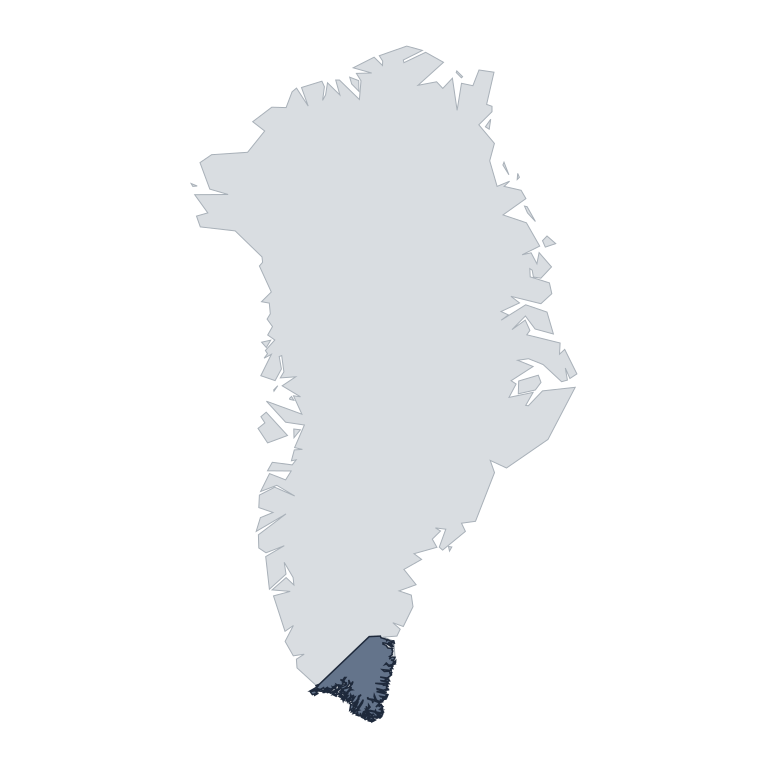 Kommune Kujalleq highlighted on a map of Greenland
{"feature_id": "GRL-2740", "entity_name": "Kommune Kujalleq", "entity_type": "state/province", "adm_level": 1, "iso_a3": "GRL", "parent_name": "Greenland", "parent_adm1": "", "projection": "orthographic", "projection_center": [-44.745, 61.276], "detail": "fine", "context": "in_parent", "style": "filled", "palette": "slate", "viewbox_px": 768, "rotation_deg": 0, "n_neighbors": 0, "source": "natural_earth", "source_scale": "10m", "svg_char_len": 9798}
<svg xmlns="http://www.w3.org/2000/svg" viewBox="0 0 768 768"><path d="M406.7,46.1L422.4,50.4L403.3,60.0L403.9,62.7L425.6,52.3L443.5,62.3L418.0,85.3L436.6,81.8L442.8,88.4L452.4,78.2L457.1,110.3L461.5,83.3L472.9,85.7L479.0,70.0L494.0,72.2L486.6,104.4L492.0,106.3L492.0,111.7L478.8,124.8L494.4,143.4L489.7,160.8L497.1,186.4L509.6,181.2L504.1,186.4L521.1,190.3L525.9,198.6L503.0,214.9L526.4,222.8L539.7,246.1L522.1,254.8L531.1,252.8L536.9,263.8L539.1,252.6L551.5,266.9L540.9,278.2L533.4,277.0L532.2,270.2L529.8,268.6L530.2,276.9L549.4,282.9L551.8,293.7L540.9,303.7L510.9,296.3L519.5,302.9L501.0,311.5L508.4,314.9L501.2,320.2L525.7,304.8L547.0,312.1L553.4,334.0L535.1,329.0L525.4,316.0L512.0,329.6L525.2,320.1L529.9,330.4L526.8,334.8L560.1,343.0L559.5,354.2L564.7,349.4L576.9,373.9L569.9,378.5L565.3,368.0L567.4,380.1L561.6,381.7L543.2,364.6L528.5,358.7L517.6,360.3L533.1,366.5L511.1,380.7L516.1,384.0L509.0,397.4L533.1,392.4L525.7,405.4L528.3,405.8L542.5,390.9L575.2,387.3L548.0,439.4L506.5,468.0L490.2,460.4L494.5,472.6L475.5,521.3L461.5,523.2L465.4,531.4L442.6,550.1L439.3,547.1L445.8,529.2L435.4,527.9L440.5,531.0L432.3,539.1L436.9,547.3L414.0,553.7L421.6,559.4L403.9,569.4L416.1,584.7L399.0,590.9L411.3,595.1L413.0,606.7L403.3,626.5L392.8,622.7L400.2,629.2L396.9,636.1L383.2,637.1L393.9,641.1L395.3,661.6L388.9,665.9L392.5,666.8L383.5,700.6L371.0,698.7L382.8,714.0L371.5,721.3L364.2,718.2L366.8,708.1L350.3,710.1L359.2,696.8L340.9,698.0L343.7,680.7L310.9,692.5L317.0,686.2L297.0,667.9L296.4,659.2L304.2,654.2L293.3,655.8L285.1,641.4L293.4,625.5L285.0,631.3L273.5,595.9L290.2,591.4L272.1,589.9L286.1,577.6L293.9,585.0L293.1,577.5L284.2,562.3L286.0,574.1L269.4,589.2L265.7,556.6L284.3,545.7L266.0,552.8L258.8,548.0L258.4,534.8L286.0,513.9L256.2,531.4L260.4,517.6L273.0,512.5L258.8,507.6L259.4,495.1L274.7,487.2L294.7,496.0L276.8,485.3L260.6,491.5L269.5,473.6L285.6,479.9L291.2,471.0L267.5,470.8L272.3,462.3L292.2,464.9L296.2,459.8L291.4,460.8L294.3,449.9L302.4,449.4L294.6,447.6L304.4,425.0L285.6,422.2L266.4,401.2L301.9,414.2L293.5,395.8L300.5,396.8L282.2,385.8L295.7,376.8L280.3,377.9L283.9,371.8L281.7,355.6L279.2,356.5L281.4,369.0L275.1,380.6L260.8,375.7L271.4,354.3L264.1,358.2L267.5,353.7L265.4,350.5L274.8,340.0L267.7,335.0L272.5,326.6L267.1,319.1L270.3,313.8L269.3,303.1L261.5,301.7L271.3,292.0L259.4,266.0L262.6,262.3L262.0,256.9L235.2,230.9L200.3,226.9L196.5,216.1L207.8,212.9L194.7,194.7L228.1,194.5L209.8,189.1L200.0,162.6L211.6,154.7L247.6,152.3L264.7,131.0L252.7,121.7L271.8,107.2L286.1,107.6L292.1,91.8L296.5,88.1L308.2,106.1L301.5,87.5L321.9,81.2L324.4,86.7L322.6,100.4L325.6,94.9L327.5,82.8L339.9,95.0L335.7,80.0L339.4,80.0L359.4,99.5L361.0,80.8L356.4,73.4L371.7,73.0L353.2,67.8L374.1,57.2L382.5,65.5L382.7,61.1L379.3,55.7L406.7,46.1ZM266.2,412.2L287.5,435.5L267.6,442.9L258.0,428.4L264.9,422.9L260.9,416.7L266.2,412.2ZM538.3,375.2L541.0,382.4L535.3,390.0L518.3,393.8L518.7,381.0L538.3,375.2ZM358.9,91.3L351.7,84.0L349.7,77.2L358.7,80.6L358.9,91.3ZM490.7,119.2L489.2,129.2L485.4,126.8L490.7,119.2ZM547.0,236.0L555.7,243.6L545.3,247.1L542.5,240.7L547.0,236.0ZM535.4,221.5L527.5,212.9L524.5,206.1L527.1,206.7L535.4,221.5ZM270.7,340.2L266.3,347.5L261.6,342.2L270.7,340.2ZM462.6,76.7L461.4,77.8L456.2,72.5L456.8,70.9L462.6,76.7ZM300.4,429.8L294.0,437.7L293.8,429.0L300.4,429.8ZM504.0,162.2L508.9,174.8L502.9,165.0L504.0,162.2ZM197.2,186.0L192.8,186.4L191.1,183.5L197.2,186.0ZM277.8,385.7L274.0,391.2L273.7,389.9L277.8,385.7ZM519.4,177.3L517.2,179.5L517.7,173.4L519.4,177.3ZM338.9,688.5L336.2,696.7L330.5,693.0L338.9,688.5ZM293.9,400.3L289.8,399.4L289.6,398.4L291.5,396.5L293.9,400.3ZM451.8,547.0L449.5,551.1L448.5,546.5L451.8,547.0Z" fill="#d9dde1" stroke="#a8b0b8" stroke-width="1"/><path d="M380.4,636.1L380.9,637.7L386.1,639.3L386.8,640.8L387.7,639.6L390.8,641.2L391.7,643.0L391.4,644.0L388.5,642.1L389.6,643.9L388.6,643.8L391.1,645.6L392.7,645.0L392.4,646.6L393.9,646.3L391.6,646.8L386.2,643.3L383.0,642.8L382.9,644.1L385.9,645.3L388.0,648.1L392.7,648.5L391.9,649.9L392.8,651.0L392.0,653.3L392.2,654.7L389.5,656.6L390.9,657.3L389.2,659.1L392.1,657.1L395.0,657.3L393.8,659.9L391.0,660.0L394.1,661.3L392.2,664.6L388.8,665.3L386.3,663.0L385.0,664.5L386.4,664.0L388.8,666.3L393.5,665.9L391.6,666.8L392.6,668.5L390.8,668.2L391.9,669.0L390.6,668.8L391.1,670.4L382.2,669.6L384.3,671.5L389.9,671.2L389.7,672.6L390.2,674.0L390.6,674.1L391.4,673.7L391.5,674.9L387.8,677.6L388.7,678.2L380.1,677.0L386.7,678.6L384.9,679.7L388.3,679.2L389.6,680.9L387.0,681.4L384.9,680.5L384.2,680.9L381.1,680.6L381.2,680.8L387.8,682.4L388.9,683.7L375.2,683.3L383.9,684.5L383.6,685.3L387.9,684.9L387.0,685.5L388.6,686.7L386.5,686.4L386.6,688.0L387.7,688.7L383.5,690.2L377.1,688.6L377.2,689.5L386.8,692.4L376.5,691.6L387.2,694.4L385.0,696.9L380.2,696.2L380.7,696.8L385.4,697.7L385.1,697.1L387.6,695.6L386.6,698.0L382.1,698.2L386.6,698.9L382.1,699.9L383.6,701.0L379.9,699.7L382.2,701.9L381.0,702.2L376.4,700.1L374.3,695.0L374.1,696.5L375.3,699.7L368.7,698.8L367.5,697.2L367.7,698.5L367.1,698.6L372.1,700.3L372.8,703.1L372.9,701.5L373.9,700.7L379.7,702.9L375.9,707.0L377.8,705.6L379.2,706.2L378.6,704.9L379.0,704.5L381.8,704.2L381.2,704.5L381.9,705.5L379.2,705.0L382.9,706.7L381.8,707.7L383.0,708.7L381.1,708.3L379.7,709.5L382.6,710.0L382.1,710.2L382.9,711.2L381.5,710.8L381.4,711.8L382.8,712.0L383.2,712.8L382.7,713.3L376.0,711.9L375.5,710.4L375.0,711.4L370.2,710.4L367.7,711.0L367.8,709.5L370.1,707.1L368.6,704.8L368.6,707.8L367.8,708.7L366.1,706.3L366.8,709.3L365.5,709.1L366.3,710.5L363.5,711.8L361.6,716.3L360.5,715.6L360.5,712.9L359.8,715.8L358.6,715.5L357.4,712.7L357.9,711.7L356.8,713.0L357.9,715.5L356.1,714.9L356.5,713.9L355.4,713.0L353.2,713.5L354.5,711.5L359.2,710.1L358.1,709.7L362.4,703.0L363.3,699.6L357.7,708.0L357.5,709.5L354.5,710.3L353.2,712.1L352.7,711.9L353.4,710.7L352.7,710.9L353.0,709.9L356.8,706.6L356.6,705.5L358.0,702.2L356.4,702.4L358.8,699.3L359.0,697.1L361.1,694.7L358.6,696.2L357.8,699.1L355.7,701.8L352.7,703.3L351.7,702.6L352.0,701.4L354.9,696.9L352.6,697.7L352.5,699.4L348.7,701.7L350.5,698.4L354.0,695.1L351.4,696.4L350.8,695.0L350.5,697.2L349.3,697.8L349.0,699.6L348.5,699.1L347.4,702.3L347.4,700.4L346.2,700.6L347.3,698.9L345.4,698.9L346.9,697.2L344.6,697.8L344.4,700.0L343.7,699.5L343.2,700.9L342.8,699.4L341.8,699.1L347.6,695.6L343.6,695.7L347.6,693.8L346.9,693.3L350.5,690.0L352.2,689.8L350.7,689.1L351.2,687.7L350.3,686.8L350.3,688.3L345.7,693.7L343.4,694.0L343.1,693.5L345.1,692.0L343.5,691.4L342.0,692.1L341.4,694.7L338.8,694.2L338.6,693.3L340.8,692.8L343.8,690.0L339.3,691.8L343.4,689.0L348.7,687.6L352.2,684.1L353.0,681.5L350.7,684.4L348.7,679.9L349.1,683.9L347.1,686.5L344.7,688.2L341.3,689.4L340.8,688.8L341.3,688.8L340.5,687.4L346.0,685.0L346.3,684.5L345.0,684.2L346.0,683.5L345.6,682.9L347.2,682.9L345.1,682.8L343.7,680.6L345.9,677.5L344.5,677.5L342.8,680.2L340.4,679.6L344.2,682.6L342.5,683.0L343.1,684.3L341.4,685.4L337.7,684.7L340.2,686.3L339.6,687.0L338.5,687.5L338.1,685.5L336.1,684.3L336.5,685.5L335.4,685.5L336.0,686.5L333.7,686.6L334.1,688.2L332.6,687.2L333.6,689.4L333.0,688.3L332.6,689.5L331.3,688.1L331.9,689.3L329.3,688.5L331.8,690.0L329.5,692.4L328.4,692.4L329.2,691.4L327.9,691.8L329.9,690.1L327.0,691.2L327.1,690.1L328.9,688.6L326.7,688.1L327.7,687.6L327.4,687.3L324.2,689.5L323.6,687.6L320.3,689.4L317.4,688.6L315.6,689.9L317.5,689.8L316.9,690.5L320.9,689.3L323.1,690.4L321.5,691.3L314.5,690.6L314.5,689.4L313.0,690.9L310.2,690.9L317.5,686.8L318.2,685.8L315.4,685.8L319.4,684.2L369.2,636.6L380.4,636.1ZM369.0,710.9L382.6,713.8L382.5,714.8L381.4,716.0L379.3,714.1L376.2,713.5L377.6,714.7L376.1,718.1L374.9,715.9L374.2,717.3L371.3,715.8L374.1,714.1L371.0,714.5L368.2,711.9L369.0,710.9ZM370.7,716.6L375.3,720.1L373.2,721.2L373.2,719.1L371.7,721.9L371.2,721.4L371.4,718.9L370.1,721.2L368.5,720.8L370.7,716.6ZM315.9,693.3L318.4,693.2L314.8,695.2L314.9,693.9L312.4,694.6L310.2,691.6L313.4,691.1L314.0,690.6L317.0,691.7L315.9,693.3ZM333.9,692.7L329.8,693.2L339.0,688.3L339.4,689.5L333.9,692.7ZM353.5,705.0L353.1,708.1L349.8,710.3L350.7,704.7L353.5,705.0ZM365.1,716.4L364.0,717.3L364.7,713.7L363.0,715.7L363.7,712.0L365.9,712.3L367.2,714.4L365.6,716.6L365.2,715.8L365.6,714.8L365.2,715.0L365.1,716.4ZM370.0,716.2L368.0,718.8L367.9,716.4L367.4,718.8L365.2,719.6L364.4,718.6L367.2,715.2L370.0,716.2ZM334.5,695.3L338.2,694.0L335.7,695.0L336.7,696.4L334.5,695.3ZM379.2,715.1L378.9,717.6L378.2,717.1L377.2,718.5L377.8,715.1L379.2,715.1ZM391.9,641.0L393.7,640.8L394.3,643.1L392.4,642.8L391.9,641.0ZM368.1,714.8L366.5,712.3L367.1,710.9L368.0,713.2L370.0,714.6L368.1,714.8ZM386.0,689.6L389.2,689.7L384.6,690.4L386.0,689.6ZM395.6,661.1L395.5,662.6L394.5,663.1L395.2,663.9L392.9,664.6L395.6,661.1ZM341.9,697.8L342.3,696.2L344.7,696.8L341.9,697.8ZM342.9,695.5L341.8,695.8L340.3,697.2L338.7,696.2L339.1,695.9L342.9,695.5ZM354.0,706.9L356.1,703.0L356.8,703.4L355.6,706.0L354.0,706.9ZM354.9,705.0L354.1,704.8L353.9,703.5L355.7,703.0L354.9,705.0ZM381.6,716.6L380.3,717.8L380.0,716.8L379.3,718.2L380.0,715.6L381.6,716.6ZM334.4,687.0L335.8,687.5L335.8,688.6L334.5,688.6L334.4,687.0ZM337.4,692.1L336.5,693.1L335.7,692.6L336.7,691.9L337.4,692.1ZM332.7,694.4L333.7,693.3L334.5,693.9L332.7,694.4ZM326.0,691.5L325.2,690.8L326.5,690.3L326.0,691.5ZM322.5,692.4L323.2,692.1L324.5,692.6L322.5,692.4ZM351.3,711.9L351.8,710.7L352.5,711.1L352.5,711.7L351.3,711.9ZM361.5,717.0L362.1,716.4L362.7,716.7L362.3,717.6L361.5,717.0ZM390.4,673.6L391.5,672.2L391.8,672.5L390.8,673.9L390.4,673.6ZM350.3,702.2L350.1,703.6L349.5,703.5L350.3,702.2ZM325.2,689.9L326.2,688.5L326.7,688.6L326.3,689.4L325.2,689.9ZM327.2,691.9L327.8,693.0L326.9,692.3L327.2,691.9ZM325.1,690.1L324.6,690.7L324.1,690.7L324.5,690.0L325.1,690.1ZM324.5,691.9L324.9,691.5L325.6,691.9L325.0,692.3L324.5,691.9ZM327.0,689.6L327.6,688.7L328.3,688.6L327.9,689.2L327.0,689.6Z" fill="#64748b" stroke="#1e293b" stroke-width="1.5"/></svg>